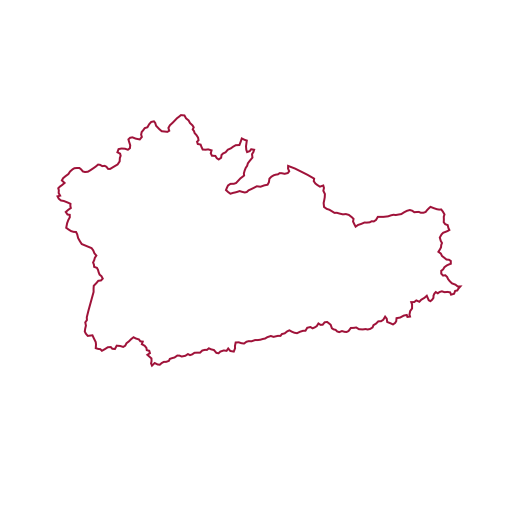 outline of Valença, Rio de Janeiro, Brazil, rotated 190°
{"feature_id": "56859067B36198843973631", "entity_name": "Valença", "entity_type": "district", "adm_level": 2, "iso_a3": "BRA", "parent_name": "Brazil", "parent_adm1": "Rio de Janeiro", "projection": "orthographic", "projection_center": [-43.878, -22.233], "detail": "fine", "context": "isolated", "style": "outline", "palette": "rose", "viewbox_px": 512, "rotation_deg": 190, "n_neighbors": 0, "source": "geoboundaries", "source_scale": "gbopen_adm2", "svg_char_len": 6082}
<svg xmlns="http://www.w3.org/2000/svg" viewBox="0 0 512 512"><g transform="rotate(190 256 256)"><path d="M49.5,261.5L52.0,261.0L54.6,262.4L58.3,263.1L60.9,264.9L62.9,266.7L64.1,268.5L66.2,269.9L68.4,269.2L70.5,270.8L71.0,273.6L69.4,275.3L68.5,277.7L66.5,279.8L64.7,281.1L62.8,282.2L63.3,284.9L65.2,285.8L67.8,285.6L70.3,287.0L72.8,288.3L74.4,290.5L77.1,291.8L76.0,294.5L75.3,296.7L75.5,299.0L75.1,301.1L76.7,303.0L78.2,306.1L77.0,309.5L75.7,311.4L73.5,312.7L71.6,313.9L70.1,315.2L71.4,317.0L72.6,319.7L75.2,320.2L77.0,321.9L77.3,324.4L77.9,327.3L77.6,329.7L79.8,332.3L81.7,334.0L83.6,333.5L86.0,333.5L89.3,334.0L92.7,334.7L94.2,332.8L95.6,330.7L96.6,328.8L98.6,327.7L101.2,327.2L103.3,327.7L105.5,327.2L107.7,326.6L110.0,327.7L112.5,328.0L115.2,326.7L117.7,324.8L120.2,322.5L122.8,321.6L125.5,320.6L127.7,320.5L130.1,319.5L132.8,318.0L137.2,316.7L142.8,315.7L144.1,312.3L146.0,310.5L148.1,310.3L149.9,308.9L152.8,308.1L155.0,307.8L157.9,305.9L160.9,304.3L163.0,302.2L164.7,304.4L166.4,306.8L166.4,309.5L168.3,310.8L171.7,312.6L174.8,312.9L177.6,312.1L181.1,312.3L183.9,312.6L186.2,312.1L188.9,313.2L191.8,314.3L194.6,314.7L197.5,316.1L198.6,319.9L198.5,323.3L198.5,325.7L198.9,329.0L201.0,331.9L200.9,334.8L202.0,337.1L205.1,335.4L208.0,336.6L210.1,337.7L212.1,339.7L212.2,342.3L219.4,344.9L224.7,346.5L232.8,348.9L240.0,350.3L239.6,347.6L238.0,345.2L239.1,343.2L242.1,341.9L245.0,342.0L247.1,341.7L248.6,340.2L250.5,339.6L252.5,338.6L254.6,336.8L256.2,334.5L256.1,330.9L257.0,328.2L260.1,327.0L263.6,325.0L267.3,324.8L269.9,322.8L272.5,320.9L274.7,319.4L276.2,317.4L278.1,316.6L281.1,316.8L283.4,317.1L285.6,315.9L287.5,315.0L289.5,314.2L292.0,312.9L294.5,314.1L297.0,315.7L296.5,318.1L295.8,320.6L293.7,322.6L290.3,323.3L288.3,324.4L284.8,329.8L283.1,331.6L281.7,333.2L282.3,335.3L282.0,338.2L281.4,341.1L280.4,343.2L280.1,345.9L278.7,348.6L276.6,352.3L277.6,355.6L276.6,358.0L276.3,360.3L279.3,360.3L280.4,358.2L282.8,356.8L284.0,358.9L284.9,362.3L285.1,368.1L287.3,368.4L290.4,369.3L290.9,366.0L291.6,362.4L295.2,361.6L297.6,359.6L299.4,357.7L302.2,355.8L304.0,352.8L306.2,351.3L307.5,349.5L307.4,346.7L309.5,344.6L311.6,345.5L313.4,347.5L316.8,347.1L318.4,349.3L318.1,352.3L321.6,352.7L324.2,351.9L327.0,351.6L328.8,354.2L329.9,356.1L332.8,356.2L333.9,358.3L332.7,360.0L333.6,362.5L335.6,364.7L337.8,366.4L338.7,368.2L340.3,369.7L339.7,371.9L341.2,373.6L344.1,375.5L345.9,377.8L348.8,379.4L350.9,382.0L354.4,381.7L356.0,379.8L357.7,378.0L359.3,375.6L361.2,372.8L363.5,369.8L364.5,366.9L363.2,364.3L364.8,362.9L367.8,362.7L370.5,362.5L373.2,364.1L377.0,366.9L378.4,369.6L379.9,370.9L382.5,369.8L384.1,367.2L385.3,363.9L387.8,362.6L388.9,360.3L390.1,358.3L390.2,355.6L389.1,353.4L390.7,350.6L394.9,350.7L398.3,351.4L400.5,350.6L401.9,348.7L401.0,346.8L399.1,343.2L398.9,340.3L400.6,338.4L403.6,338.9L407.1,338.5L409.9,337.4L410.5,334.1L407.6,333.2L406.7,331.2L407.1,328.9L406.7,325.5L408.2,322.1L412.4,318.5L414.8,316.4L416.8,316.1L418.8,317.9L420.7,318.5L423.0,317.8L425.4,318.7L427.4,318.6L429.4,316.2L431.4,314.2L434.0,311.7L436.2,309.8L439.0,309.0L441.2,309.2L443.2,310.9L445.2,312.0L447.9,311.5L450.1,310.9L451.7,309.5L453.8,306.9L455.0,304.1L457.5,301.5L459.5,299.1L460.3,296.7L457.2,294.7L459.3,292.2L461.2,290.3L462.5,288.4L461.6,286.5L461.3,283.8L459.4,281.4L461.8,280.3L460.2,278.2L457.8,276.8L454.8,276.8L450.9,276.0L447.8,275.2L447.5,273.0L446.7,271.1L448.9,268.9L451.0,266.3L448.8,264.1L446.6,264.2L446.1,261.8L447.1,258.8L447.7,255.5L447.8,250.8L445.3,249.6L442.4,248.4L439.8,248.1L437.4,248.4L435.9,246.4L434.3,242.8L432.2,240.2L429.7,237.5L419.3,235.2L417.3,233.3L415.6,230.6L413.3,228.7L414.4,226.2L414.6,224.0L415.3,221.3L414.1,219.3L413.5,217.2L410.6,216.7L409.2,214.9L408.1,212.6L406.8,210.5L404.7,209.3L403.0,207.1L404.4,205.0L407.0,204.2L408.5,201.6L410.6,198.5L410.3,195.7L409.7,192.4L411.5,173.4L412.0,166.3L411.4,163.5L412.6,161.0L411.4,157.9L411.6,154.8L411.5,151.9L410.1,150.0L407.8,148.1L403.3,149.5L401.2,146.5L398.9,143.4L398.2,141.1L397.8,137.4L395.3,137.1L393.1,137.2L391.3,135.9L388.7,138.0L386.1,140.4L383.2,141.1L381.4,139.7L378.8,139.9L377.6,143.5L374.1,143.8L371.0,143.4L369.2,145.0L368.4,147.6L366.3,149.9L364.5,152.5L362.5,154.7L360.0,153.9L356.8,153.5L355.1,151.9L352.7,152.0L353.1,149.3L350.1,148.3L348.0,146.5L347.2,144.3L344.7,144.1L343.6,141.9L345.8,139.8L343.2,138.2L341.2,137.0L340.6,134.3L340.7,132.0L339.4,130.0L337.2,133.0L334.1,132.1L331.9,132.2L330.3,134.2L328.4,135.7L326.0,136.2L323.6,137.6L323.0,139.7L320.6,141.0L318.6,141.9L316.2,144.3L314.1,144.6L311.7,144.1L308.2,145.5L306.0,147.6L303.8,146.9L301.8,148.0L299.8,150.0L297.1,150.6L294.3,151.1L292.5,153.6L290.0,154.7L288.0,155.0L286.4,156.9L284.1,156.3L281.1,156.1L278.2,153.7L276.0,153.7L274.5,155.7L271.3,157.4L268.5,157.5L267.3,160.1L264.8,158.0L261.3,158.0L260.6,161.5L261.1,163.7L261.0,167.3L258.0,168.0L255.4,167.6L252.6,167.7L250.5,169.9L248.3,170.9L245.7,171.2L242.2,173.1L239.7,173.5L237.2,174.3L234.8,175.5L232.7,176.3L230.8,178.0L227.5,179.8L224.7,179.4L220.7,181.1L218.0,181.6L217.0,183.6L214.3,184.8L212.2,187.2L210.2,188.6L207.6,187.7L204.9,187.1L202.2,187.1L199.4,189.1L196.7,190.5L194.3,191.0L193.1,194.2L190.1,195.5L187.7,194.6L185.6,196.0L184.0,197.5L182.8,200.4L180.5,199.4L178.4,199.9L176.9,202.6L174.5,203.4L172.4,202.3L170.5,201.2L168.7,198.0L166.8,197.2L164.8,197.1L163.0,195.8L160.8,195.5L158.3,197.0L155.6,196.7L153.6,196.9L151.9,198.1L150.1,201.6L147.2,202.2L144.9,203.0L141.9,201.8L138.2,202.2L135.3,203.1L133.3,203.0L130.9,204.0L128.8,205.9L128.3,208.3L126.1,210.2L124.2,212.9L121.5,213.5L119.6,215.3L118.3,218.7L116.4,217.0L115.3,213.8L111.9,213.1L109.2,212.4L107.4,214.2L106.6,216.1L106.8,219.2L103.4,220.4L100.1,223.0L97.3,224.1L96.3,222.3L93.8,223.1L94.7,225.0L94.6,228.6L93.2,231.4L93.9,235.5L95.1,237.5L92.2,238.1L90.4,240.1L87.2,239.3L85.7,241.6L82.8,244.1L80.9,246.5L78.2,242.4L76.4,241.8L74.9,243.6L74.0,245.6L74.3,247.8L73.8,249.9L72.7,251.7L70.5,250.8L69.0,252.4L66.8,253.5L64.1,253.1L61.0,253.9L58.5,253.9L57.2,251.8L54.4,253.2L53.8,256.2L51.8,257.0L51.0,259.0L49.5,261.5Z" fill="none" stroke="#9f1239" stroke-width="2"/></g></svg>